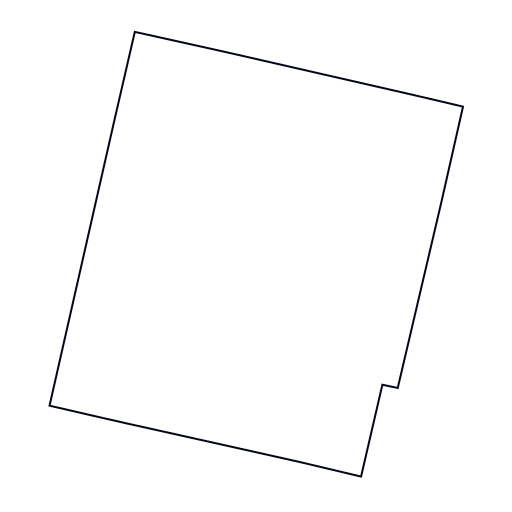 Pontotoc, Mississippi, United States of America, rotated 103°
{"feature_id": "52423323B7740407343608", "entity_name": "Pontotoc", "entity_type": "district", "adm_level": 2, "iso_a3": "USA", "parent_name": "United States of America", "parent_adm1": "Mississippi", "projection": "albers", "projection_center": [-89.026, 34.227], "detail": "fine", "context": "isolated", "style": "outline", "palette": "ink", "viewbox_px": 512, "rotation_deg": 103, "n_neighbors": 0, "source": "geoboundaries", "source_scale": "gbopen_adm2", "svg_char_len": 372}
<svg xmlns="http://www.w3.org/2000/svg" viewBox="0 0 512 512"><g transform="rotate(103 256 256)"><path d="M63.9,87.9L63.7,138.1L63.9,232.0L64.1,328.4L64.9,424.5L161.0,424.5L219.8,424.3L448.3,423.5L448.3,375.8L448.2,343.1L447.7,279.0L447.0,182.4L446.9,166.3L447.3,104.0L353.0,103.9L352.7,88.2L160.7,87.5L63.9,87.9Z" fill="none" stroke="#020617" stroke-width="2"/></g></svg>